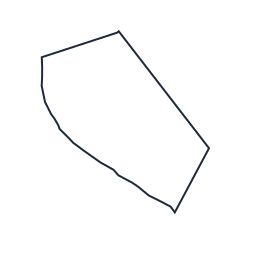 the district of Georgeville, Castries, Saint Lucia, rotated 71°
{"feature_id": "8701671B52064180240109", "entity_name": "Georgeville", "entity_type": "district", "adm_level": 2, "iso_a3": "LCA", "parent_name": "Saint Lucia", "parent_adm1": "Castries", "projection": "robinson", "projection_center": [-60.984, 14.013], "detail": "fine", "context": "isolated", "style": "outline", "palette": "slate", "viewbox_px": 256, "rotation_deg": 71, "n_neighbors": 0, "source": "geoboundaries", "source_scale": "gbopen_adm2", "svg_char_len": 475}
<svg xmlns="http://www.w3.org/2000/svg" viewBox="0 0 256 256"><g transform="rotate(71 128 128)"><path d="M85.0,87.9L33.5,105.3L34.3,106.9L33.0,186.5L42.1,189.2L52.9,193.0L60.0,195.9L76.4,198.0L89.6,196.2L95.2,194.5L102.9,193.0L106.6,193.0L118.0,187.4L124.2,184.6L135.0,177.2L151.7,165.2L162.8,155.3L169.6,152.5L181.0,141.9L186.6,137.7L198.6,130.3L209.4,119.7L212.5,116.9L216.2,113.3L223.0,111.2L173.5,58.0L85.0,87.9Z" fill="none" stroke="#1e293b" stroke-width="2"/></g></svg>